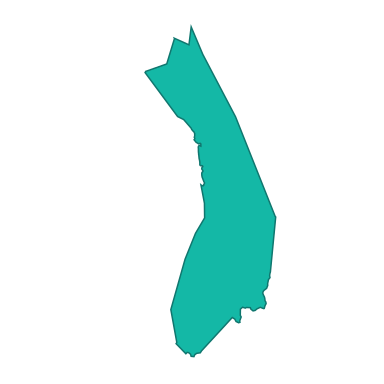 Bexon, Castries, Saint Lucia (Natural Earth projection), rotated 159°
{"feature_id": "8701671B76266155523948", "entity_name": "Bexon", "entity_type": "district", "adm_level": 2, "iso_a3": "LCA", "parent_name": "Saint Lucia", "parent_adm1": "Castries", "projection": "natural_earth1", "projection_center": [-60.975, 13.959], "detail": "fine", "context": "isolated", "style": "filled", "palette": "teal", "viewbox_px": 384, "rotation_deg": 159, "n_neighbors": 0, "source": "geoboundaries", "source_scale": "gbopen_adm2", "svg_char_len": 3958}
<svg xmlns="http://www.w3.org/2000/svg" viewBox="0 0 384 384"><g transform="rotate(159 192 192)"><path d="M255.7,43.2L254.0,44.0L252.7,43.2L251.5,41.1L251.7,38.9L249.2,37.6L247.6,39.2L245.3,39.7L241.9,38.9L240.0,40.3L199.4,60.4L197.6,58.0L197.3,55.3L195.3,53.2L193.9,53.2L193.7,54.5L190.9,57.7L191.1,59.6L188.8,65.3L186.1,66.3L183.8,64.5L182.6,64.7L179.0,63.1L179.0,61.5L177.6,59.1L175.5,58.8L173.2,59.6L169.6,59.9L167.0,57.5L166.3,57.4L164.5,59.8L163.3,60.8L162.8,61.3L162.5,62.8L162.8,64.5L162.3,66.0L162.0,67.9L162.2,70.1L162.2,72.3L161.3,73.5L160.2,74.3L156.9,75.3L154.8,77.6L154.2,79.4L152.0,82.8L149.9,84.1L149.5,86.1L148.6,87.8L147.5,89.2L122.8,138.7L123.0,139.2L123.1,139.3L124.4,246.6L132.6,316.6L133.6,346.4L142.1,330.5L153.4,341.9L153.4,341.5L169.7,320.6L192.5,321.2L192.1,321.0L192.2,320.9L192.4,320.8L192.4,320.7L192.5,320.7L192.8,320.4L193.0,320.3L178.4,267.6L173.8,262.6L169.9,251.8L169.9,250.7L169.5,249.3L169.1,248.3L168.8,247.7L168.6,247.2L168.6,246.0L168.5,245.6L168.7,245.2L169.1,244.2L169.3,243.5L169.7,243.0L170.3,242.2L170.2,241.9L170.1,241.2L170.3,240.8L170.6,240.5L171.3,240.1L171.3,239.8L171.1,239.5L171.1,239.2L170.9,238.8L170.8,238.3L170.3,236.8L170.0,236.5L169.2,235.5L169.0,235.3L168.9,234.9L168.6,234.6L168.4,234.4L168.1,234.5L167.0,234.6L166.8,234.4L166.5,233.7L166.6,233.4L167.0,232.7L167.0,232.4L167.1,232.1L167.2,231.8L167.3,231.6L167.5,231.8L167.6,232.1L167.8,232.4L167.9,232.5L168.0,232.6L168.3,232.7L168.5,232.7L168.8,232.7L169.1,232.6L169.3,232.6L169.5,232.4L169.7,232.2L169.8,232.1L170.0,231.8L170.1,231.6L170.2,231.3L170.2,231.2L170.3,230.9L170.4,230.6L170.4,230.4L170.5,230.3L170.5,230.2L170.6,229.8L170.7,229.7L170.8,229.4L170.9,229.1L171.0,228.9L171.1,228.6L171.2,228.3L171.3,228.1L171.4,227.8L171.4,227.7L171.5,227.5L171.5,227.4L171.6,227.2L171.7,226.9L171.7,226.7L171.8,226.5L171.8,226.4L171.9,226.2L171.9,225.9L172.0,225.8L172.0,225.6L172.1,225.2L172.2,224.9L172.3,224.8L172.3,224.6L172.4,224.4L172.4,224.1L172.5,223.8L172.5,223.7L172.6,223.4L172.7,223.1L172.8,222.8L172.8,222.6L172.9,222.3L173.0,222.1L173.0,221.8L173.1,221.6L173.2,221.3L173.2,221.1L173.3,221.0L173.3,220.8L173.3,220.6L173.4,220.4L173.4,220.1L173.5,219.9L173.5,219.6L173.6,219.3L173.6,219.2L173.6,218.9L173.6,218.7L173.7,218.4L173.8,218.1L173.8,217.9L173.9,217.6L173.9,217.4L174.0,217.1L174.1,216.9L174.1,216.6L174.2,216.4L174.3,216.3L174.3,216.1L174.4,215.9L174.5,215.7L174.6,215.4L174.7,215.2L174.8,214.9L174.9,214.6L174.9,214.4L174.9,214.1L174.8,213.8L174.7,213.7L174.4,213.4L174.2,213.3L173.8,213.3L173.6,213.2L173.4,213.1L173.2,212.9L172.9,212.7L172.8,212.4L172.8,212.1L172.8,211.9L173.0,211.7L173.3,211.6L173.5,211.6L173.8,211.4L174.0,211.1L174.2,210.9L174.3,210.8L174.3,210.6L174.5,210.3L174.5,210.2L174.6,209.8L174.6,209.7L174.6,209.3L174.5,209.2L174.4,209.1L174.3,208.9L174.3,208.7L174.3,208.4L174.2,208.2L174.3,208.0L174.3,207.9L174.3,207.7L174.4,207.4L174.6,207.3L174.7,207.2L174.8,207.1L175.1,207.0L175.1,206.9L175.3,206.8L175.5,206.7L175.8,206.5L175.9,206.4L176.0,206.3L176.1,206.1L176.2,205.8L176.3,205.7L176.4,205.4L176.5,205.2L176.6,204.8L176.6,204.7L176.7,204.3L176.8,204.2L176.9,203.9L176.9,203.7L177.0,203.4L177.0,203.1L177.1,202.9L177.1,202.7L177.2,202.4L177.2,202.2L177.2,201.9L177.2,201.7L177.2,201.4L177.2,201.2L177.2,200.9L177.2,200.6L177.2,200.4L177.2,200.1L177.2,199.9L177.2,199.7L177.2,199.4L177.2,199.1L177.2,198.9L177.2,198.7L177.2,198.3L177.2,198.2L177.2,197.8L177.2,197.7L177.2,197.3L177.2,197.1L177.1,196.8L177.1,196.7L177.0,196.3L177.0,196.2L177.1,195.9L177.2,195.7L177.3,195.6L177.5,195.5L177.6,195.4L177.8,195.2L178.0,194.9L178.4,194.7L178.5,194.6L178.6,194.4L178.7,194.1L178.8,194.1L179.0,193.9L179.3,193.8L179.5,193.8L179.8,193.9L180.0,194.1L180.2,194.3L180.3,194.4L180.4,194.6L180.5,194.7L180.6,194.9L180.7,195.0L180.9,195.1L181.0,195.1L181.1,195.3L184.4,177.1L189.5,163.3L203.5,152.2L222.5,131.8L253.9,89.8L260.1,57.0L261.2,56.1L255.7,43.2Z" fill="#14b8a6" stroke="#0f766e" stroke-width="1.5"/></g></svg>